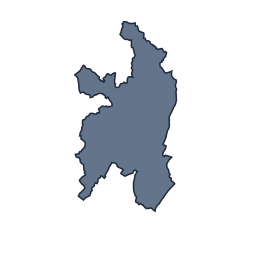 the district of Lac Thuy, Hòa Bình, Vietnam, rotated 41°
{"feature_id": "81297802B25708049906691", "entity_name": "Lac Thuy", "entity_type": "district", "adm_level": 2, "iso_a3": "VNM", "parent_name": "Vietnam", "parent_adm1": "Hòa Bình", "projection": "mercator", "projection_center": [105.716, 20.495], "detail": "fine", "context": "isolated", "style": "filled", "palette": "slate", "viewbox_px": 256, "rotation_deg": 41, "n_neighbors": 0, "source": "geoboundaries", "source_scale": "gbopen_adm2", "svg_char_len": 5732}
<svg xmlns="http://www.w3.org/2000/svg" viewBox="0 0 256 256"><g transform="rotate(41 128 128)"><path d="M203.0,172.9L201.7,171.0L201.2,169.4L201.1,168.4L201.0,166.8L201.3,164.6L200.4,159.8L200.3,157.4L199.9,154.2L199.5,148.9L199.6,143.5L199.9,139.5L198.0,139.1L194.9,139.4L193.7,137.5L191.4,138.0L191.0,137.6L190.2,135.9L190.1,135.3L188.4,134.9L186.4,133.3L185.5,132.8L183.3,132.3L181.1,130.0L180.4,128.6L180.2,126.0L179.7,125.0L180.1,123.5L180.1,121.3L174.0,124.1L174.2,125.7L173.3,126.0L172.6,125.9L172.2,125.7L171.2,124.6L170.5,123.2L170.3,122.3L170.0,119.3L169.7,118.9L168.7,116.7L168.2,116.5L165.9,117.4L165.1,117.4L164.3,114.5L163.8,113.5L163.7,112.5L163.4,112.2L163.2,111.0L162.6,110.0L162.5,109.4L162.1,109.4L161.9,109.2L161.7,108.3L160.2,105.4L159.6,104.5L159.2,102.2L158.7,101.2L158.2,99.8L156.2,97.4L155.1,96.4L154.3,95.1L152.8,93.9L151.9,92.7L151.2,90.9L151.1,90.0L150.7,89.4L150.6,87.9L148.9,82.5L148.5,79.8L148.0,78.4L147.3,77.2L146.6,75.6L141.4,70.1L140.5,69.4L140.1,68.6L139.9,67.9L139.0,66.7L137.1,65.9L136.0,64.9L135.1,63.4L134.5,61.9L133.7,60.8L132.4,60.1L131.2,60.8L128.9,60.7L127.1,60.1L125.9,59.3L124.1,57.1L123.7,56.3L123.2,57.5L121.0,61.3L119.3,62.2L118.3,61.6L113.7,60.4L112.1,60.7L109.5,58.1L109.6,57.4L110.2,56.5L110.3,56.1L109.6,55.0L110.3,53.8L109.2,52.9L109.5,52.0L109.3,51.1L109.5,49.6L107.8,45.9L106.2,45.6L105.8,46.6L105.2,46.9L104.2,46.8L102.2,45.7L101.5,46.1L101.3,45.9L99.8,47.7L99.3,48.9L98.7,49.4L97.8,49.1L97.3,49.1L96.5,49.5L96.4,49.4L96.1,48.7L95.8,48.5L95.4,48.6L94.5,49.1L93.3,48.7L93.2,49.2L92.8,49.4L91.8,48.9L91.0,49.4L90.1,49.5L89.2,49.3L88.1,48.6L87.6,48.5L86.4,48.8L84.5,50.2L82.0,49.1L80.9,50.1L79.8,48.4L78.1,46.4L77.7,46.1L77.2,46.0L76.8,46.1L75.5,46.8L74.1,47.1L73.5,47.7L73.2,47.7L70.7,46.8L69.6,45.7L68.2,44.9L66.9,45.9L66.6,46.0L64.6,44.0L63.3,45.4L62.7,46.5L61.8,47.0L61.2,47.6L60.1,48.3L57.5,48.8L54.9,50.6L55.5,52.1L55.2,53.4L56.0,53.3L56.3,53.5L57.2,54.5L58.7,58.2L59.8,60.1L60.2,61.6L60.6,62.6L61.6,62.8L63.9,62.9L64.7,63.3L67.2,63.1L67.8,62.9L69.0,61.8L71.9,60.6L72.8,59.5L73.9,60.8L75.2,61.8L76.3,63.6L76.9,64.1L77.7,64.6L78.2,64.7L78.7,64.0L80.1,64.7L80.7,65.3L81.9,65.9L83.6,67.5L84.6,67.7L85.6,68.4L85.9,69.0L86.3,70.5L86.3,71.5L85.8,72.1L85.9,72.6L86.3,73.4L87.7,74.4L87.7,75.4L88.1,76.6L88.4,77.0L90.3,78.0L91.2,80.5L91.4,80.8L93.5,81.1L94.5,83.8L95.4,84.9L97.2,86.3L98.2,86.5L97.3,86.9L95.6,88.3L94.8,89.3L94.9,90.0L95.3,91.3L96.6,93.1L97.6,93.9L97.4,95.4L97.1,95.9L95.3,95.8L94.9,96.1L94.8,96.4L95.0,97.1L94.9,97.6L93.5,99.5L93.6,100.7L94.2,102.1L94.3,102.8L94.0,103.8L93.5,104.3L92.4,105.0L90.8,105.0L90.3,104.7L89.7,102.9L88.8,102.9L87.9,102.4L87.0,101.3L85.3,98.9L84.2,97.4L83.4,96.0L82.6,94.9L82.0,94.8L81.5,95.5L81.3,96.2L80.8,97.1L80.6,99.3L79.7,99.7L77.6,100.0L76.9,100.6L76.7,101.4L76.8,102.5L77.4,103.4L76.7,106.4L76.7,106.8L77.2,107.2L79.0,107.6L79.8,108.1L79.8,108.8L79.4,109.4L79.0,109.5L78.9,109.1L78.6,109.0L77.0,109.5L76.6,109.8L76.5,110.3L76.3,110.4L75.9,109.7L74.1,110.0L73.4,109.7L72.9,108.3L70.8,108.6L67.5,108.1L66.3,108.2L64.2,109.0L63.5,109.0L61.5,108.3L60.8,108.4L58.9,109.3L57.9,110.1L56.8,110.5L56.4,110.5L55.5,109.8L54.1,109.6L53.1,110.0L54.2,116.4L53.0,122.8L56.0,122.9L58.2,123.9L59.4,125.0L62.0,127.2L66.1,131.3L68.4,132.5L69.4,132.7L69.8,131.4L71.3,129.8L72.5,130.3L73.3,130.0L74.1,130.1L74.7,129.6L76.3,128.8L76.9,128.2L78.0,128.5L78.9,129.1L79.5,129.8L81.1,127.8L80.9,126.7L81.2,124.7L81.5,124.4L82.1,124.3L83.5,120.8L86.5,118.6L86.9,119.0L87.6,119.0L89.1,118.5L90.2,119.1L90.9,119.9L91.6,120.0L92.2,119.8L92.4,119.6L92.4,119.1L92.1,118.1L92.7,118.0L95.4,118.9L99.3,119.8L101.3,121.3L100.5,123.8L99.5,124.1L99.0,125.2L98.6,125.5L97.1,125.7L96.5,127.0L95.9,127.5L94.6,128.0L93.9,128.9L93.8,130.8L93.3,132.5L93.3,133.0L95.5,134.2L96.3,135.3L96.4,135.7L95.0,136.3L94.7,136.6L94.9,138.3L94.7,138.5L91.9,140.1L90.4,141.2L89.9,142.0L90.2,144.5L89.9,145.5L89.2,146.7L89.8,149.0L89.6,150.2L88.7,151.3L88.8,152.3L90.1,153.4L90.9,155.0L91.8,155.1L92.2,155.6L92.8,158.0L93.1,158.4L94.0,159.0L94.1,159.9L94.4,160.3L95.2,163.4L96.1,164.5L96.7,165.7L97.4,164.9L97.7,164.8L99.8,167.1L100.3,167.2L101.5,166.8L105.0,166.9L106.5,168.5L107.2,169.6L107.2,170.3L107.9,171.1L107.7,172.8L107.8,174.1L107.6,175.0L108.1,175.8L108.2,176.5L107.2,177.3L107.1,177.9L107.2,178.6L107.9,179.4L105.5,182.5L107.9,183.8L109.4,183.3L110.8,182.4L112.7,183.4L113.8,184.6L114.5,185.0L115.5,185.1L118.6,185.0L122.7,188.9L124.0,189.0L124.4,190.4L126.6,191.0L126.6,191.6L125.6,195.3L125.6,199.2L126.9,200.0L128.5,200.1L129.0,200.5L130.0,200.6L132.6,200.4L134.8,201.7L135.0,203.2L134.9,205.4L135.0,206.3L134.8,206.8L134.4,208.8L135.2,212.0L141.7,211.6L141.6,209.8L141.8,208.3L143.5,204.3L143.4,203.4L143.0,202.5L142.0,200.7L141.9,198.6L140.7,197.9L140.2,197.0L140.2,195.3L140.6,194.4L140.4,193.6L139.7,192.8L139.4,190.9L139.5,190.6L141.1,190.3L140.4,188.1L139.6,187.2L138.8,185.8L139.6,183.9L139.1,181.9L139.2,181.6L139.5,181.4L143.1,181.4L143.0,179.4L141.9,179.1L141.6,178.0L140.3,172.0L139.4,169.7L139.0,166.7L138.4,164.9L139.5,164.4L140.7,163.0L142.1,162.8L143.8,162.9L144.3,163.3L144.5,163.7L145.1,164.1L147.5,163.6L151.5,162.5L152.1,163.2L151.9,164.8L152.2,166.6L152.4,166.9L152.7,167.1L157.1,166.4L157.6,166.1L158.0,164.7L160.2,160.5L161.2,159.0L160.5,156.2L160.6,155.5L160.8,155.2L161.8,155.1L163.4,154.6L164.3,159.2L166.0,161.7L167.9,165.5L168.7,166.5L172.3,170.5L174.1,172.0L177.5,174.2L179.4,174.5L180.0,174.8L181.4,177.7L181.8,178.3L182.5,178.6L183.0,178.8L184.3,178.0L184.6,178.0L186.0,178.7L186.3,178.7L186.6,178.3L186.9,176.9L189.1,176.8L189.2,176.7L189.6,176.1L190.3,176.2L191.0,176.7L192.4,176.7L193.0,176.9L194.8,176.7L194.8,176.4L196.7,174.8L197.8,173.2L201.2,173.2L202.3,172.9L203.0,172.9Z" fill="#64748b" stroke="#1e293b" stroke-width="1.5"/></g></svg>